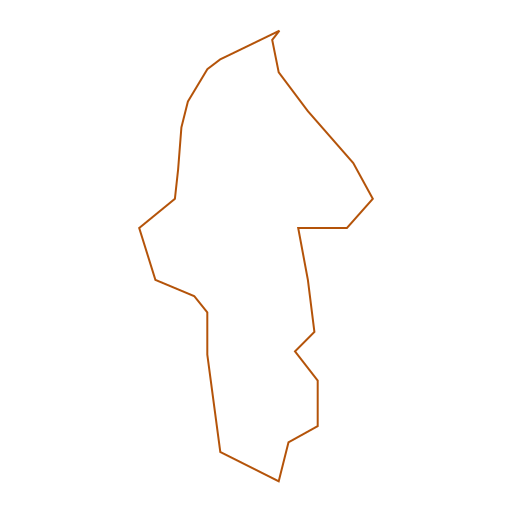 Jung-gu, Daejeon, South Korea (Albers equal-area conic projection)
{"feature_id": "91817680B30301323398004", "entity_name": "Jung-gu", "entity_type": "district", "adm_level": 2, "iso_a3": "KOR", "parent_name": "South Korea", "parent_adm1": "Daejeon", "projection": "albers", "projection_center": [127.417, 36.272], "detail": "fine", "context": "isolated", "style": "outline", "palette": "amber", "viewbox_px": 512, "rotation_deg": 0, "n_neighbors": 0, "source": "geoboundaries", "source_scale": "gbopen_adm2", "svg_char_len": 468}
<svg xmlns="http://www.w3.org/2000/svg" viewBox="0 0 512 512"><path d="M279.4,30.7L224.3,57.4L220.3,59.3L207.4,69.1L187.9,101.5L181.4,127.4L178.1,169.6L174.9,198.8L139.2,228.0L155.4,279.9L194.3,296.2L207.3,312.4L207.3,354.6L220.3,452.0L278.7,481.3L288.5,442.3L317.7,426.1L317.7,380.6L295.0,351.4L314.4,331.9L307.9,280.0L298.2,228.0L346.9,228.0L372.8,198.8L353.3,163.1L307.9,111.2L278.7,72.3L272.2,39.9L279.4,30.7Z" fill="none" stroke="#b45309" stroke-width="2"/></svg>